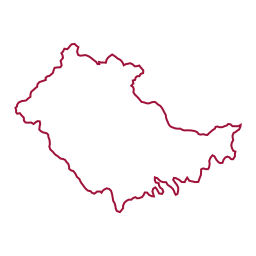 outline of Jacareí, São Paulo, Brazil
{"feature_id": "56859067B48226661076611", "entity_name": "Jacareí", "entity_type": "district", "adm_level": 2, "iso_a3": "BRA", "parent_name": "Brazil", "parent_adm1": "São Paulo", "projection": "orthographic", "projection_center": [-45.971, -23.296], "detail": "fine", "context": "isolated", "style": "outline", "palette": "rose", "viewbox_px": 256, "rotation_deg": 0, "n_neighbors": 0, "source": "geoboundaries", "source_scale": "gbopen_adm2", "svg_char_len": 3652}
<svg xmlns="http://www.w3.org/2000/svg" viewBox="0 0 256 256"><path d="M119.9,212.1L121.5,210.2L123.1,208.2L123.1,205.6L124.4,202.7L126.7,200.7L128.7,199.7L131.3,199.7L133.3,197.9L135.5,197.2L137.0,198.3L139.3,198.1L142.1,197.0L143.7,194.9L144.8,192.5L147.2,192.6L149.0,194.9L151.8,196.2L153.9,196.4L153.1,193.5L152.4,191.5L153.2,188.7L155.3,187.4L156.7,189.0L157.8,191.0L159.2,193.5L162.1,193.9L163.3,191.7L162.3,189.1L160.2,187.6L159.0,185.4L158.6,183.1L155.8,182.5L154.8,180.3L154.9,177.4L157.3,178.2L159.0,179.9L160.7,181.3L163.0,182.1L166.1,182.2L167.7,184.9L170.9,187.0L172.9,189.0L174.0,191.0L174.7,193.0L175.8,194.8L177.5,193.9L178.2,190.3L178.2,187.5L176.9,184.8L175.0,182.5L173.2,179.8L173.9,177.9L176.0,178.2L179.4,180.0L181.7,182.0L184.7,182.1L185.9,179.6L187.2,177.6L189.4,180.8L192.2,181.4L195.3,182.1L198.3,181.9L199.9,177.4L200.9,175.0L201.1,172.1L201.1,169.4L203.2,168.4L205.6,169.1L208.0,169.2L209.0,167.6L209.7,163.9L209.2,161.1L210.5,157.7L212.5,155.3L214.4,156.3L216.5,159.9L218.4,162.1L220.2,163.1L222.5,162.8L223.6,159.7L225.1,157.7L227.2,156.6L229.4,157.3L231.0,159.1L233.1,159.2L234.9,156.4L234.9,154.0L235.4,151.6L233.3,150.8L232.0,148.2L231.3,145.6L231.7,143.0L233.2,140.1L232.7,137.8L232.5,135.8L233.6,132.9L235.4,132.2L237.2,130.7L239.1,129.5L240.3,127.0L240.6,124.9L238.4,126.2L235.2,126.2L232.5,126.2L230.6,124.4L228.1,124.0L226.8,125.5L224.8,126.1L222.2,127.2L219.3,127.2L217.6,126.5L215.6,126.9L214.8,128.7L212.4,130.3L209.5,132.8L207.3,135.0L205.5,134.8L203.3,134.2L200.7,134.6L198.6,134.1L197.1,132.1L194.5,131.0L190.7,130.4L186.8,130.3L184.2,130.4L182.3,129.8L180.2,128.6L178.1,128.7L175.8,128.5L172.4,127.4L170.1,126.2L168.8,124.4L167.7,121.9L166.6,119.4L166.1,117.5L165.7,114.8L164.1,112.0L163.1,109.9L161.9,107.9L160.2,105.8L157.8,104.4L156.4,103.0L154.8,101.9L152.0,102.2L148.9,103.4L146.7,103.3L144.4,102.5L141.4,101.8L139.2,99.0L137.3,96.9L134.8,94.5L133.4,92.2L133.8,89.4L133.2,87.2L131.3,85.7L133.4,83.4L132.8,80.5L135.1,79.9L135.6,77.6L137.2,76.2L139.4,76.2L140.8,73.8L143.1,73.1L143.3,70.4L140.7,67.4L139.2,65.5L137.2,66.2L134.7,66.3L132.4,64.2L130.1,63.2L127.8,63.8L125.9,64.1L123.8,65.3L122.9,63.2L121.5,61.0L119.7,59.5L117.9,58.7L115.5,56.7L112.2,54.5L109.9,56.1L108.0,57.7L106.5,60.0L105.9,62.7L103.4,62.5L101.1,62.5L99.1,62.0L99.3,64.1L97.5,64.0L96.2,61.9L93.6,60.0L91.1,57.9L88.7,56.3L85.7,55.1L82.0,55.5L80.2,55.7L78.2,54.9L77.1,51.9L77.6,49.4L78.4,47.1L76.1,45.5L74.6,43.9L71.6,44.3L69.8,46.2L68.7,47.8L67.2,49.2L64.4,48.7L62.8,51.9L61.4,53.2L62.5,55.1L63.0,57.9L61.8,59.4L60.6,60.9L61.2,63.0L61.6,65.5L60.4,67.3L57.6,67.4L54.6,67.8L53.8,69.8L52.8,73.0L49.6,75.8L47.2,76.4L45.6,77.9L45.8,79.9L43.9,80.6L41.8,81.3L39.4,82.1L37.5,84.2L37.1,86.9L35.5,88.0L33.7,89.7L31.3,91.7L30.5,94.1L30.4,96.9L28.1,98.5L26.1,100.4L24.3,100.8L21.9,101.0L18.7,102.5L17.2,104.7L16.9,106.6L15.4,107.9L16.1,109.8L16.1,112.2L17.2,113.7L19.9,113.2L21.4,115.2L23.8,117.7L24.0,120.7L25.5,122.5L28.2,122.7L31.1,122.5L33.6,124.0L35.9,122.0L37.8,121.1L39.7,121.4L40.2,123.9L39.6,126.5L39.3,129.6L40.8,131.1L42.6,132.2L44.8,132.8L46.8,133.3L48.2,134.8L48.4,137.0L49.5,139.9L49.7,142.0L49.9,144.2L49.3,146.4L50.3,149.5L52.4,151.3L54.1,153.3L55.5,154.8L57.8,156.2L60.4,158.5L63.3,159.1L65.1,159.9L66.5,162.0L68.3,163.9L69.0,166.3L69.2,168.9L71.3,170.5L73.4,171.1L75.4,173.7L76.9,176.8L79.3,178.9L80.9,182.4L82.6,184.6L84.2,186.9L85.9,189.0L88.1,190.7L90.6,191.2L91.9,192.7L94.3,193.7L97.3,191.5L100.1,191.5L101.5,192.7L102.7,190.8L104.5,189.4L106.8,188.3L109.3,189.1L111.0,190.7L112.0,193.9L112.7,197.7L113.2,200.9L114.4,202.7L115.4,205.9L115.7,208.4L116.8,211.0L119.9,212.1Z" fill="none" stroke="#9f1239" stroke-width="2"/></svg>